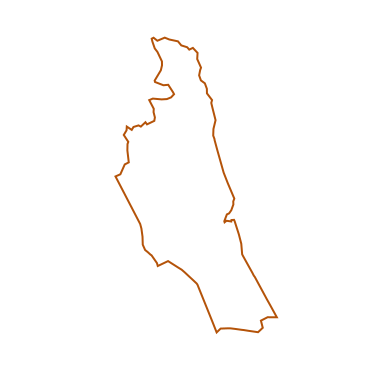 the district of Vega Alta, Puerto Rico, rotated 153°
{"feature_id": "32010507B37384670628479", "entity_name": "Vega Alta", "entity_type": "district", "adm_level": 2, "iso_a3": "PRI", "parent_name": "Puerto Rico", "parent_adm1": "", "projection": "robinson", "projection_center": [-66.341, 18.408], "detail": "fine", "context": "isolated", "style": "outline", "palette": "amber", "viewbox_px": 384, "rotation_deg": 153, "n_neighbors": 0, "source": "geoboundaries", "source_scale": "gbopen_adm2", "svg_char_len": 1723}
<svg xmlns="http://www.w3.org/2000/svg" viewBox="0 0 384 384"><g transform="rotate(153 192 192)"><path d="M253.1,240.6L252.7,187.6L252.7,187.0L253.7,182.3L256.4,174.6L259.8,167.4L260.1,161.6L258.7,158.5L257.4,155.0L256.8,154.0L255.5,144.6L256.1,141.6L244.7,141.3L238.4,130.6L236.5,127.5L235.0,123.8L232.5,116.9L229.4,108.4L229.2,107.0L232.6,68.3L233.4,59.8L233.8,55.7L231.2,56.5L228.5,57.3L227.0,56.6L221.6,54.1L219.9,53.2L219.1,52.7L215.4,50.2L210.1,46.5L208.7,45.6L205.0,42.9L196.8,37.1L193.6,38.0L193.3,38.1L190.6,38.9L189.0,46.1L188.0,46.1L182.2,46.1L181.5,46.1L173.3,41.9L173.7,55.2L174.0,62.7L174.6,87.8L174.9,89.5L174.9,92.4L175.4,106.3L175.6,112.1L175.6,113.7L171.6,123.5L169.5,132.9L167.3,146.4L167.2,148.1L169.6,149.1L170.4,147.9L174.3,150.7L176.7,150.2L176.5,151.3L171.1,156.2L168.7,156.1L165.3,157.9L160.8,162.1L159.5,164.9L157.3,166.9L156.1,183.8L155.0,194.9L150.4,218.0L148.3,228.0L147.9,229.1L147.5,232.6L144.3,238.4L138.4,245.3L135.6,257.6L134.4,262.6L132.4,264.8L133.9,273.1L131.9,277.2L131.2,283.0L133.4,287.4L132.7,292.7L129.4,296.9L127.5,298.7L127.0,308.1L123.9,313.4L125.8,320.0L129.8,320.1L130.6,323.2L135.0,327.5L136.1,332.6L143.0,338.2L146.2,341.9L154.2,342.5L156.2,346.9L158.3,346.9L159.0,344.0L160.0,336.8L159.2,332.5L159.5,322.0L161.2,318.5L164.5,314.6L174.7,308.2L175.0,306.8L169.0,300.1L164.5,298.3L163.6,289.4L163.6,287.3L167.7,285.8L172.2,286.2L177.0,288.3L184.5,293.0L188.4,293.3L188.3,283.5L190.0,280.6L191.2,275.3L192.7,273.3L193.3,272.5L201.4,272.7L201.8,275.3L207.9,273.5L209.4,275.6L214.6,276.5L217.5,274.7L220.4,279.9L222.3,276.7L226.9,273.8L226.0,265.6L227.7,264.0L230.7,258.4L234.9,247.1L239.4,247.1L247.8,240.3L253.1,240.6Z" fill="none" stroke="#b45309" stroke-width="2"/></g></svg>